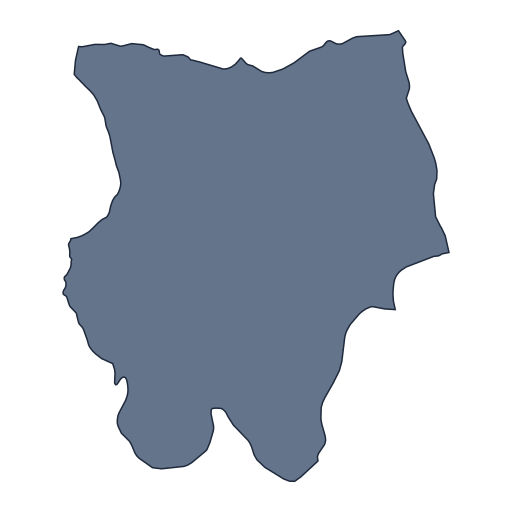 outline of Hentiy
{"feature_id": "MNG-3315", "entity_name": "Hentiy", "entity_type": "Province", "adm_level": 1, "iso_a3": "MNG", "parent_name": "Mongolia", "parent_adm1": "", "projection": "mercator", "projection_center": [110.059, 47.757], "detail": "fine", "context": "isolated", "style": "filled", "palette": "slate", "viewbox_px": 512, "rotation_deg": 0, "n_neighbors": 0, "source": "natural_earth", "source_scale": "10m", "svg_char_len": 3461}
<svg xmlns="http://www.w3.org/2000/svg" viewBox="0 0 512 512"><path d="M78.6,46.5L82.1,46.8L94.9,44.4L104.6,44.5L111.0,43.3L120.2,46.2L122.5,46.0L131.7,43.6L143.1,44.7L145.3,45.6L147.5,46.8L152.4,48.8L154.3,49.6L157.8,49.2L158.8,50.0L159.2,50.8L159.5,53.3L159.9,54.3L161.5,55.2L163.7,56.1L182.8,54.7L187.9,56.8L190.8,60.0L192.1,60.1L199.4,61.9L223.5,69.1L227.5,68.6L231.4,67.0L235.1,64.4L238.3,61.0L239.7,59.1L240.6,58.1L241.6,58.3L246.2,63.5L247.8,64.6L252.9,66.0L261.5,71.4L265.2,72.5L269.1,72.8L273.0,72.4L282.9,69.0L294.1,62.8L309.6,51.2L321.8,46.9L323.4,45.8L326.0,42.4L327.6,41.1L329.8,40.7L331.8,41.5L335.8,43.6L338.1,44.1L340.3,44.1L342.5,43.6L352.6,38.1L356.6,36.7L389.8,34.6L398.5,30.7L398.8,31.2L405.3,40.8L405.7,41.7L405.8,42.3L405.4,43.2L404.6,44.5L403.2,45.9L402.8,46.5L402.4,47.2L402.8,53.3L405.8,72.0L409.0,82.1L409.5,85.8L409.4,88.6L407.3,95.3L406.3,98.2L407.9,103.1L411.4,111.4L428.8,144.0L434.2,157.8L435.8,163.3L437.0,170.8L436.7,178.9L434.6,184.6L433.4,193.7L435.6,216.7L440.2,225.9L441.4,227.8L445.2,235.7L449.0,252.5L442.4,253.8L441.8,254.0L439.6,255.4L438.3,255.9L433.7,256.4L406.1,267.0L400.9,270.5L399.0,272.3L397.4,274.2L396.1,276.2L395.2,278.0L394.5,280.0L394.0,282.1L393.6,284.9L393.0,291.5L393.0,295.6L393.5,301.7L395.3,309.6L384.5,308.9L373.1,306.7L371.4,306.7L370.0,307.1L366.1,308.8L362.2,311.4L359.4,313.8L350.3,324.4L347.2,329.8L345.8,333.1L344.8,336.9L341.8,361.6L339.4,370.6L333.1,383.2L324.8,397.8L322.6,402.5L321.2,407.5L320.9,417.8L321.1,420.7L322.0,424.9L324.8,434.7L325.4,437.5L325.6,440.2L325.2,442.7L324.4,444.8L318.7,453.2L317.8,455.4L317.4,457.0L318.0,461.0L300.8,476.9L294.7,481.3L289.6,481.2L283.6,478.9L264.8,467.3L256.9,459.7L254.1,454.8L251.6,446.9L249.9,443.1L248.1,440.4L233.4,425.1L228.4,417.3L225.8,412.2L223.3,409.6L221.1,408.4L215.9,408.1L212.2,408.5L211.1,410.1L211.1,414.1L213.6,426.1L213.6,428.5L213.3,430.9L209.8,442.9L207.0,449.4L206.3,450.5L192.2,462.3L187.9,465.0L184.0,466.4L161.6,468.8L152.5,467.7L139.3,458.4L136.9,456.0L135.0,453.1L131.9,445.7L129.7,441.5L121.4,433.2L118.5,427.2L118.1,426.0L117.4,423.8L117.3,422.6L117.3,420.1L117.5,418.5L118.0,415.6L118.9,413.1L125.6,400.4L127.1,396.1L127.8,392.8L128.0,390.1L127.8,386.5L127.3,382.8L126.4,379.2L125.1,377.4L123.5,377.0L122.0,377.7L120.4,379.3L117.2,384.1L116.6,384.5L115.8,384.8L114.9,383.8L114.6,382.9L115.0,373.6L114.8,370.9L114.4,368.8L112.7,363.6L101.8,358.7L95.7,354.0L92.7,351.1L89.8,347.3L88.6,344.8L87.2,339.7L83.4,329.2L82.3,327.3L79.4,324.2L78.6,322.6L76.7,315.1L76.5,313.7L76.1,312.9L70.4,306.9L69.7,305.9L68.7,303.3L66.9,297.3L66.4,296.4L65.5,295.7L64.4,295.1L63.4,294.3L63.0,292.7L63.6,290.4L64.8,288.6L65.9,286.4L66.0,283.1L65.6,281.6L64.4,279.8L64.2,278.1L64.5,276.8L65.3,276.0L66.2,275.3L67.0,274.4L70.3,268.0L70.9,265.8L71.1,264.4L71.2,261.4L71.3,260.7L71.7,259.3L71.1,258.3L70.2,257.4L69.7,256.1L69.8,251.9L69.7,250.1L68.5,244.6L69.0,243.1L70.6,240.5L70.9,238.7L77.0,237.5L81.3,236.0L83.4,235.0L87.3,232.8L88.9,231.8L92.8,228.2L98.1,222.8L101.4,220.0L102.8,219.1L106.0,217.5L106.8,216.9L107.9,215.3L109.3,212.4L110.7,205.9L112.6,200.5L114.6,197.2L116.1,195.6L117.3,194.6L118.9,191.5L120.3,187.1L120.8,183.7L120.5,180.3L118.9,172.4L116.4,165.8L115.1,160.3L112.9,152.4L109.9,136.5L108.5,132.1L106.6,127.5L106.0,125.5L104.9,118.6L104.2,116.4L100.9,110.0L97.1,100.6L93.7,94.9L90.2,90.9L84.7,85.6L83.0,83.7L81.1,81.9L79.3,79.9L77.0,77.8L74.2,74.3L75.5,60.2L78.6,46.5Z" fill="#64748b" stroke="#1e293b" stroke-width="1.5"/></svg>